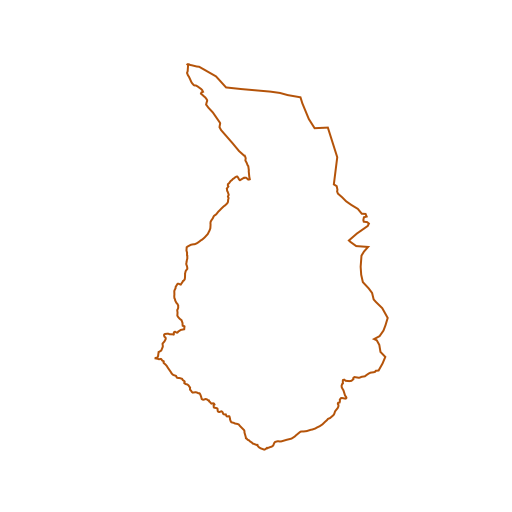 the district of Breznita-Ocol, Mehedinti, Romania, rotated 215°
{"feature_id": "2599482B17727183670261", "entity_name": "Breznita-Ocol", "entity_type": "district", "adm_level": 2, "iso_a3": "ROU", "parent_name": "Romania", "parent_adm1": "Mehedinti", "projection": "orthographic", "projection_center": [22.598, 44.702], "detail": "fine", "context": "isolated", "style": "outline", "palette": "amber", "viewbox_px": 512, "rotation_deg": 215, "n_neighbors": 0, "source": "geoboundaries", "source_scale": "gbopen_adm2", "svg_char_len": 6154}
<svg xmlns="http://www.w3.org/2000/svg" viewBox="0 0 512 512"><g transform="rotate(215 256 256)"><path d="M89.9,232.5L90.7,240.6L92.2,247.5L99.0,248.8L104.0,253.9L108.7,256.2L111.6,255.7L108.8,261.2L108.8,268.0L110.2,273.5L112.6,280.8L122.7,285.7L131.3,287.1L134.7,287.9L139.7,292.3L145.1,294.1L153.5,295.9L159.1,301.0L164.1,307.2L169.8,316.8L170.1,321.5L169.4,327.7L179.6,321.6L186.8,321.7L188.8,322.0L186.2,332.4L181.7,344.7L182.1,347.3L184.4,347.5L187.4,345.9L188.7,347.0L189.8,349.6L188.0,351.8L190.4,353.3L193.6,351.3L199.6,353.0L207.3,352.5L213.6,352.5L219.1,353.5L224.7,354.1L226.6,355.4L227.3,357.0L230.0,359.5L233.3,359.3L246.1,383.5L270.8,402.4L281.3,394.3L291.3,398.5L305.7,407.7L310.6,411.5L322.3,406.0L329.9,403.3L338.5,398.9L364.0,384.2L377.2,376.9L391.8,380.2L411.1,378.4L413.3,377.2L418.0,375.4L419.5,374.7L420.7,374.6L421.6,374.2L422.0,373.9L422.1,373.6L421.1,373.4L418.0,368.2L417.5,366.4L415.4,365.0L413.8,364.4L411.2,362.9L408.9,361.5L407.5,360.9L405.0,360.3L404.3,360.4L403.0,361.2L401.1,361.4L396.6,361.3L395.2,361.0L393.6,360.1L394.2,359.2L394.5,358.6L394.2,357.4L392.1,357.2L390.0,356.9L388.5,356.8L386.4,356.1L385.4,355.6L385.0,355.1L384.5,353.4L383.7,351.4L380.1,350.2L373.6,348.8L362.0,344.5L361.5,344.2L359.8,340.6L356.8,339.1L339.8,334.9L330.0,332.2L323.2,331.4L323.0,331.5L322.8,331.7L321.3,330.8L320.4,330.0L319.6,328.3L318.8,327.8L317.3,327.1L314.9,325.5L313.9,325.2L311.1,322.2L310.6,321.3L307.0,317.1L305.1,315.3L305.6,314.6L306.1,314.2L306.5,314.1L307.2,314.3L309.0,314.4L310.0,313.8L310.4,313.2L310.7,313.2L312.4,309.4L312.6,308.9L312.8,308.8L314.0,309.1L315.9,310.1L317.1,310.3L317.6,309.7L318.2,308.5L318.6,306.9L319.1,305.9L319.3,304.2L319.7,303.2L319.8,302.6L319.8,300.1L320.2,298.7L319.6,297.7L318.5,297.1L318.6,294.5L318.1,294.1L317.0,292.8L316.2,292.5L313.6,290.6L313.4,290.4L313.3,289.5L313.1,288.6L312.9,288.4L312.0,288.0L311.7,287.7L311.5,287.3L311.1,286.1L310.3,284.8L309.9,283.9L309.8,282.7L310.0,281.4L310.5,279.2L310.9,278.3L311.6,274.9L311.9,272.8L312.3,270.8L312.5,267.4L312.8,266.3L313.1,265.8L313.4,264.6L313.4,264.2L313.0,262.0L313.0,259.5L312.8,258.0L312.1,256.7L311.2,255.6L309.3,252.5L308.7,250.3L308.1,246.2L308.3,244.9L308.7,241.8L309.1,240.0L309.7,238.0L310.3,236.9L310.4,236.2L311.3,233.6L311.8,232.4L312.9,230.6L314.5,229.2L315.8,227.8L317.5,224.4L317.8,223.4L316.1,220.6L314.4,219.2L313.1,217.3L312.7,216.8L312.4,216.8L310.8,214.5L310.3,213.0L309.7,211.9L309.7,211.6L309.4,211.2L309.0,210.4L308.8,209.8L308.2,209.1L306.6,208.0L305.5,206.9L304.9,206.1L305.0,203.6L304.7,202.6L304.3,201.7L304.0,200.8L303.3,199.9L301.7,197.4L301.0,195.9L301.1,194.3L301.5,193.5L301.3,192.9L301.3,190.2L301.2,189.5L301.4,189.3L303.4,188.9L304.1,188.5L304.3,188.1L304.1,184.6L303.4,183.4L303.1,181.3L302.8,180.4L300.6,177.4L300.0,176.3L298.7,174.7L297.4,174.0L296.9,173.4L296.3,173.0L294.4,172.0L292.7,171.6L291.2,170.7L290.6,169.7L290.1,169.1L289.7,168.0L289.5,166.5L287.8,164.6L286.2,162.0L284.9,161.4L283.8,161.1L282.3,160.8L280.2,160.7L277.7,158.9L276.7,157.5L276.0,156.8L274.9,157.3L274.2,157.3L272.8,154.8L275.3,152.2L275.7,151.0L276.4,149.4L276.4,148.9L276.3,148.6L276.5,148.1L276.7,147.9L277.2,147.7L278.9,147.5L279.3,147.0L279.4,146.2L278.4,144.7L278.4,144.4L279.2,144.1L282.0,142.3L283.1,142.1L283.8,141.7L285.3,140.4L285.9,139.8L286.1,139.3L286.1,139.0L286.0,138.5L285.4,137.9L284.7,137.4L283.4,137.3L282.8,136.9L282.3,136.0L282.0,133.6L282.3,130.7L282.1,130.3L281.1,129.3L280.3,128.2L279.4,124.2L280.3,122.1L280.7,121.5L278.8,117.8L278.6,116.9L278.8,115.8L279.8,114.9L279.6,114.5L277.6,115.4L276.2,115.8L275.1,117.0L274.5,117.2L272.9,116.6L271.2,116.8L271.0,116.6L270.8,116.0L270.4,115.5L270.0,115.4L267.9,115.2L265.9,114.7L264.4,114.0L258.4,111.8L258.1,111.5L256.2,111.1L255.2,111.2L252.8,111.9L251.1,111.0L249.8,111.4L248.6,112.2L246.1,113.0L244.9,112.4L242.9,112.4L242.2,112.0L242.1,111.3L241.9,110.8L240.4,110.7L239.5,111.0L238.5,111.4L236.9,111.3L235.7,110.7L234.6,110.5L233.6,108.9L233.2,108.6L232.2,108.5L230.4,107.8L229.5,107.8L227.2,109.9L226.4,110.1L226.1,110.3L224.4,110.5L223.7,111.1L223.2,111.1L221.9,110.4L220.3,109.3L218.4,107.7L217.3,107.8L216.5,108.2L215.3,109.9L214.1,110.4L212.6,110.3L212.0,110.6L211.7,110.7L211.0,110.0L210.5,110.1L208.0,109.5L207.5,109.7L207.1,110.3L206.6,110.8L205.7,111.0L204.8,110.5L205.1,109.7L205.0,109.2L203.7,107.8L203.2,107.8L201.0,108.8L200.2,108.9L199.9,108.8L198.5,107.1L197.8,106.8L197.1,106.9L196.5,107.2L196.2,107.6L195.4,108.8L195.1,109.0L194.2,109.0L193.2,108.5L192.4,107.9L191.4,107.9L190.8,108.2L189.9,108.9L188.7,108.1L187.9,107.9L187.2,108.3L186.3,109.3L185.7,109.3L184.0,107.9L183.6,107.3L181.9,106.1L181.2,105.8L180.7,105.7L178.4,106.6L177.8,106.6L177.2,106.7L174.8,107.8L173.4,108.1L171.9,107.6L166.9,106.7L166.2,106.6L165.5,106.3L165.0,105.9L164.2,104.8L160.5,101.8L159.7,100.9L158.9,101.1L158.1,100.8L157.2,100.7L156.1,101.0L154.7,100.7L152.3,100.8L151.0,100.5L150.3,100.8L147.3,101.5L146.5,102.1L146.1,101.6L145.8,101.5L144.4,101.1L143.4,101.0L141.5,101.2L140.5,101.5L138.2,102.1L137.6,102.9L137.2,104.2L136.7,104.6L136.9,105.2L135.9,105.9L134.8,107.6L133.8,108.8L133.2,110.6L133.8,113.2L133.7,114.6L133.4,115.0L132.1,116.6L131.2,117.2L130.1,117.7L128.9,118.7L125.4,123.1L122.4,126.5L121.9,127.4L120.7,130.4L120.4,132.0L119.0,137.0L118.5,138.0L116.1,139.8L114.0,141.7L111.5,145.0L110.4,146.1L109.0,148.0L108.5,148.7L107.7,150.5L106.2,153.1L105.0,156.2L104.3,159.9L103.7,162.3L103.7,162.7L103.6,163.8L103.4,164.2L102.4,165.7L101.3,170.0L101.3,171.0L101.4,171.7L102.1,174.0L102.1,175.1L101.9,177.7L101.9,178.5L102.2,179.9L102.9,181.2L103.9,181.6L104.4,182.2L104.5,182.9L103.5,183.9L104.0,185.2L105.0,186.5L104.8,188.5L103.7,189.2L101.0,190.4L100.6,190.9L100.5,191.3L100.7,191.8L101.5,192.3L102.5,192.6L103.3,193.0L107.3,196.1L109.1,196.9L110.4,197.6L111.4,198.7L111.6,199.2L112.0,200.7L111.7,201.4L111.8,201.7L112.3,202.1L113.5,203.9L113.6,204.3L112.8,205.3L111.0,205.2L107.8,207.0L106.3,208.4L105.9,209.6L105.6,211.1L106.2,211.6L106.3,212.2L105.9,213.3L101.8,215.3L101.2,216.0L100.2,217.6L97.8,219.9L97.2,221.9L96.2,224.5L95.3,226.1L92.8,228.4L92.0,229.5L92.1,230.6L89.9,232.5Z" fill="none" stroke="#b45309" stroke-width="2"/></g></svg>